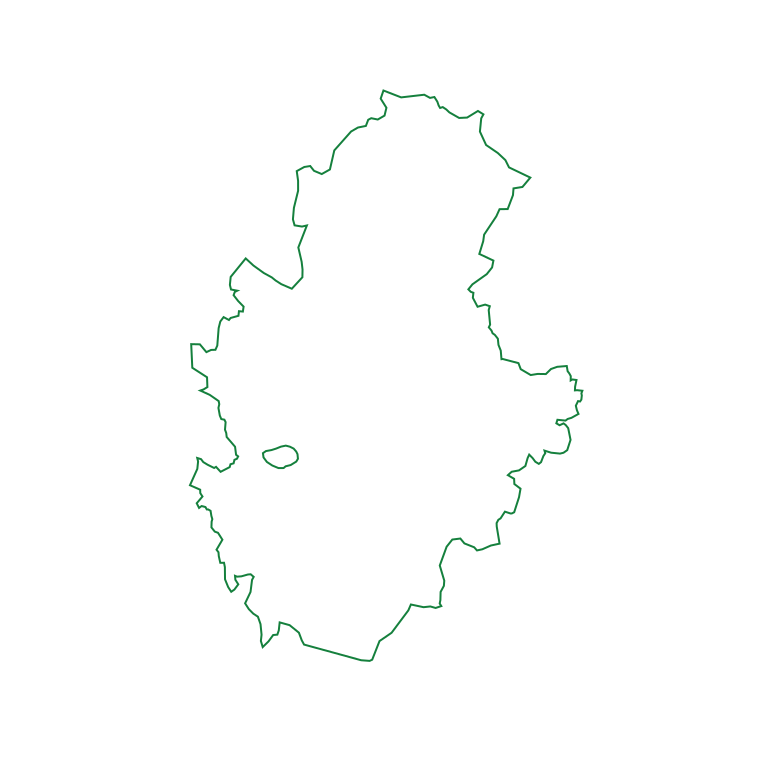 map outline of Aqmola (Albers equal-area conic projection), rotated 110°
{"feature_id": "KAZ-3202", "entity_name": "Aqmola", "entity_type": "Region", "adm_level": 1, "iso_a3": "KAZ", "parent_name": "Kazakhstan", "parent_adm1": "", "projection": "albers", "projection_center": [70.159, 51.837], "detail": "fine", "context": "isolated", "style": "outline", "palette": "green", "viewbox_px": 768, "rotation_deg": 110, "n_neighbors": 0, "source": "natural_earth", "source_scale": "10m", "svg_char_len": 3870}
<svg xmlns="http://www.w3.org/2000/svg" viewBox="0 0 768 768"><g transform="rotate(110 384 384)"><path d="M101.1,383.5L114.0,380.2L124.5,369.8L128.0,356.1L132.1,346.5L137.7,340.6L140.0,317.1L151.5,321.3L155.9,329.2L162.4,327.4L177.3,327.6L180.2,335.2L188.0,335.8L209.4,341.0L215.9,339.6L229.2,338.9L230.6,323.4L237.5,322.3L245.6,325.0L260.1,335.0L266.2,337.1L267.7,334.0L267.7,331.2L272.6,330.0L279.4,322.5L274.8,316.1L274.7,311.2L278.7,310.9L291.9,304.6L294.9,304.9L297.0,301.3L299.2,299.3L299.9,296.7L302.5,292.5L308.1,289.8L312.7,285.7L320.5,282.1L319.9,281.0L318.4,264.8L323.3,260.6L325.4,249.2L322.0,243.1L319.3,235.3L312.8,232.2L308.6,227.1L304.6,218.4L309.2,215.8L310.6,213.6L312.7,211.2L316.8,209.8L315.3,208.5L314.4,204.5L321.2,203.5L324.7,202.4L323.8,200.5L322.5,195.3L325.3,195.3L327.1,194.2L331.2,193.2L333.4,193.8L333.7,195.8L338.8,196.3L342.6,193.8L345.6,191.0L351.7,196.3L354.0,199.4L356.3,200.9L358.3,208.8L362.0,208.6L362.7,204.9L359.6,201.8L360.4,199.2L362.5,195.8L372.7,189.6L383.5,189.2L387.2,191.8L389.2,194.8L391.4,203.5L391.7,210.4L393.9,208.8L397.2,209.6L403.7,209.7L406.1,211.2L405.3,215.2L402.8,219.0L400.7,223.4L404.5,223.7L412.7,223.1L419.0,227.6L422.8,234.0L427.3,236.4L428.6,229.3L433.4,227.3L435.7,219.9L444.2,218.4L460.0,217.8L461.9,219.6L462.4,220.9L462.6,226.7L470.4,228.5L472.5,230.1L476.2,230.6L479.4,229.3L494.5,220.8L499.2,228.3L505.7,235.1L508.6,239.7L506.6,243.4L506.3,253.9L503.1,259.4L506.8,266.6L515.5,269.5L535.5,269.5L548.2,260.1L553.2,258.7L560.0,259.7L567.8,257.1L571.2,256.6L573.1,254.2L576.8,258.9L577.2,264.4L580.2,270.5L582.0,283.3L588.4,283.7L615.2,291.8L627.1,300.3L647.1,300.8L649.1,302.8L651.4,311.0L656.2,370.0L653.0,373.6L646.8,378.9L642.9,390.2L643.7,400.5L651.5,398.6L656.0,398.5L657.8,402.3L665.4,404.5L672.7,408.0L667.6,411.8L661.5,413.3L651.9,417.9L645.8,422.9L644.5,428.3L641.8,434.0L637.6,439.5L625.1,438.3L613.2,441.0L609.8,440.5L608.4,444.2L609.6,446.8L613.5,452.2L615.3,456.2L615.2,458.4L618.8,456.7L622.1,452.4L628.4,454.3L631.5,456.5L628.1,461.0L621.9,466.6L610.5,470.9L606.7,473.2L608.0,476.7L602.2,480.4L598.7,482.0L597.0,484.7L585.6,482.6L580.6,489.1L580.6,492.5L577.8,497.1L572.3,498.9L569.7,499.1L567.0,501.1L562.5,503.6L562.0,506.3L562.5,507.6L560.7,509.7L561.1,513.7L563.7,515.4L560.1,519.2L551.8,516.1L549.4,519.3L546.2,520.6L545.5,531.7L527.6,530.4L520.4,532.2L517.4,534.2L517.2,530.2L519.2,527.1L520.2,522.1L521.0,514.9L519.3,513.5L522.4,507.5L514.9,500.6L511.9,500.8L510.0,498.2L506.4,498.6L504.5,496.6L501.9,496.3L501.1,498.8L493.9,502.5L487.6,513.7L484.0,515.5L481.3,517.8L474.0,519.8L472.1,521.8L472.6,524.9L469.8,527.5L463.1,531.4L459.3,531.9L456.6,533.5L453.8,544.1L453.0,554.4L450.8,551.7L447.3,548.9L438.2,552.6L434.3,569.7L412.5,578.8L409.7,570.6L414.8,561.8L411.1,558.1L409.5,554.1L404.9,553.8L388.0,558.5L381.3,559.2L376.0,557.6L376.9,551.6L374.4,550.7L369.7,544.1L365.2,545.2L364.2,541.4L359.3,542.4L356.0,549.3L352.0,555.7L348.5,555.7L346.5,553.8L347.5,560.1L343.6,562.7L335.8,564.7L313.3,556.9L317.3,547.3L320.8,535.0L322.2,525.9L323.8,521.3L325.3,514.7L326.0,503.2L311.6,497.2L304.3,499.7L297.3,503.2L285.0,511.2L261.4,510.7L264.1,514.9L265.5,522.3L260.4,525.9L249.3,528.9L231.8,530.8L222.5,534.2L213.8,538.8L207.3,533.1L204.4,527.9L207.6,522.7L208.0,514.3L200.9,508.2L181.5,510.6L158.0,501.3L151.9,496.2L147.7,489.3L141.1,489.2L138.6,486.9L137.6,480.3L131.6,475.3L123.6,476.2L117.0,484.7L108.4,484.9L108.8,465.9L98.4,445.1L99.4,438.6L97.1,434.8L100.5,430.4L103.6,427.9L105.4,425.7L103.7,423.5L104.7,419.4L106.4,415.5L108.3,404.4L105.2,397.0L95.3,389.1L96.6,382.8L101.1,383.5ZM490.4,474.1L494.2,472.1L497.3,467.4L498.8,461.1L499.1,454.4L497.3,449.6L495.0,448.3L492.1,444.0L486.9,439.9L483.7,439.3L479.5,441.3L477.5,443.4L475.6,446.8L475.1,451.0L475.5,455.2L478.1,459.4L481.6,463.3L484.6,467.2L487.4,472.0L490.4,474.1Z" fill="none" stroke="#15803d" stroke-width="2"/></g></svg>